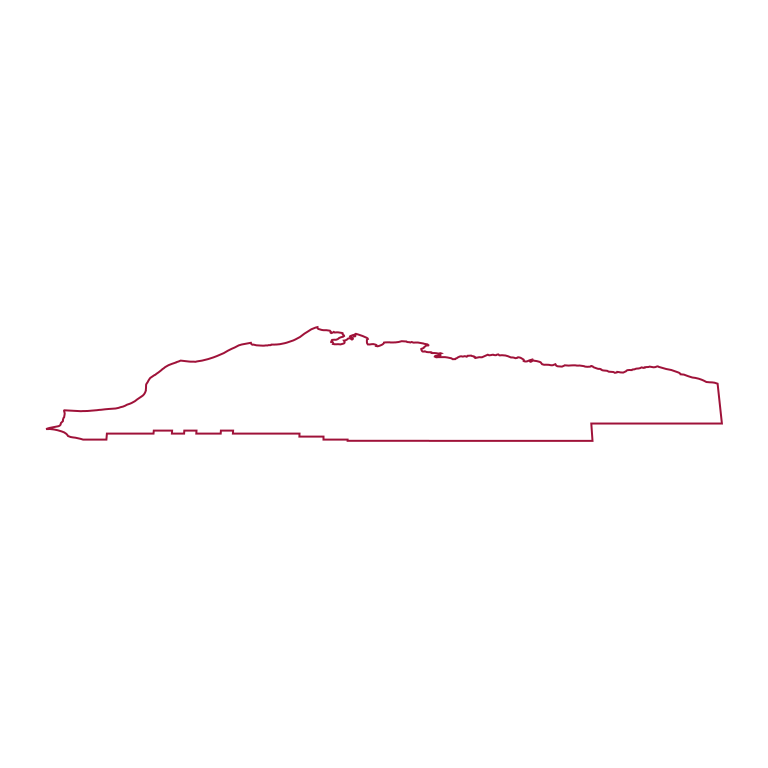 North Slope, Alaska, United States of America
{"feature_id": "52423323B80059195101619", "entity_name": "North Slope", "entity_type": "district", "adm_level": 2, "iso_a3": "USA", "parent_name": "United States of America", "parent_adm1": "Alaska", "projection": "robinson", "projection_center": [-153.874, 69.676], "detail": "fine", "context": "isolated", "style": "outline", "palette": "rose", "viewbox_px": 768, "rotation_deg": 0, "n_neighbors": 0, "source": "geoboundaries", "source_scale": "gbopen_adm2", "svg_char_len": 6039}
<svg xmlns="http://www.w3.org/2000/svg" viewBox="0 0 768 768"><path d="M721.9,423.5L717.6,383.7L714.5,382.7L712.1,382.4L709.7,382.3L706.4,382.0L703.7,380.6L701.6,379.7L698.7,378.7L695.3,377.9L692.3,377.5L688.2,376.2L683.9,374.6L680.5,374.3L680.3,373.7L679.1,372.8L677.9,372.3L671.3,370.0L666.2,369.0L660.6,367.4L658.8,366.9L657.9,366.4L657.2,366.4L655.3,367.1L653.6,367.3L649.6,366.6L648.5,367.0L646.2,367.1L644.7,367.3L644.7,367.7L643.3,367.9L641.7,367.4L641.1,367.6L640.2,368.1L638.4,368.5L636.6,368.6L635.7,368.8L634.6,369.3L632.6,369.5L632.0,369.8L631.8,370.1L629.2,370.0L627.4,370.2L626.6,370.6L626.1,371.2L623.4,372.5L622.0,372.5L620.3,372.4L618.9,372.1L617.3,371.9L617.2,371.9L617.1,372.3L616.1,372.6L614.8,372.8L613.8,372.2L613.3,372.0L609.1,371.7L608.5,371.6L607.9,371.2L607.1,370.8L605.0,370.6L603.0,370.4L602.3,370.2L601.4,369.8L601.3,369.5L600.3,369.0L599.9,368.9L598.4,368.9L597.3,368.6L593.7,367.3L593.0,366.8L592.8,366.5L591.5,366.0L591.1,366.0L590.7,366.5L589.6,366.7L587.3,366.8L585.0,366.6L584.5,366.3L583.0,366.0L579.4,365.5L578.8,365.6L576.8,365.6L575.9,365.4L574.3,365.3L571.4,365.4L568.6,365.6L564.7,365.3L564.1,365.7L562.0,366.6L557.7,366.3L557.1,366.1L556.1,365.5L555.8,365.0L555.7,364.6L555.4,364.2L552.8,365.2L551.9,365.3L550.7,365.2L548.8,364.8L545.1,364.7L544.2,364.8L542.1,364.2L540.6,362.3L539.4,361.8L536.8,361.1L533.9,360.7L533.5,360.6L533.5,360.4L533.1,360.2L532.3,360.3L532.3,360.9L531.6,361.4L530.7,361.8L530.0,361.5L529.9,360.8L530.6,360.0L529.2,360.4L528.9,360.6L526.9,361.4L525.4,361.5L524.3,361.3L523.9,361.1L523.6,360.9L523.9,360.3L523.6,359.6L520.8,357.9L520.0,357.6L518.6,357.3L517.8,357.4L517.8,357.5L517.1,357.9L515.5,358.2L513.7,357.6L511.9,357.4L511.1,357.5L507.9,356.2L505.4,355.5L501.9,355.2L499.8,355.4L499.3,355.3L498.9,354.9L498.2,354.4L496.9,354.7L496.3,355.1L495.5,355.2L495.1,355.2L493.4,354.9L493.1,354.7L491.7,354.9L491.1,355.1L489.3,355.3L489.1,355.3L487.8,354.7L482.6,357.0L481.9,357.3L479.1,357.2L475.3,358.0L474.6,357.4L474.9,357.0L473.9,356.4L471.8,356.0L471.2,355.6L467.6,355.8L467.5,356.2L466.7,356.7L465.5,356.3L464.4,356.2L463.4,356.5L462.7,356.6L461.4,356.3L460.2,356.4L459.3,356.7L458.4,357.2L457.8,357.4L456.8,358.2L455.6,358.6L455.3,359.1L452.7,359.2L451.4,358.3L447.6,357.5L444.8,357.1L438.9,357.1L437.4,357.2L436.6,357.3L436.0,357.2L434.8,356.6L435.0,356.2L435.5,355.9L437.9,355.6L439.1,355.5L440.3,355.2L440.2,354.9L439.5,354.5L440.4,353.7L441.1,353.4L440.5,353.2L439.8,353.3L439.1,353.5L438.0,353.5L436.4,353.2L434.0,353.0L432.7,353.1L431.7,353.0L431.8,352.6L431.3,352.3L430.8,352.2L428.2,352.2L426.6,352.0L424.8,351.3L424.6,351.4L424.2,351.6L422.6,351.5L422.2,351.2L421.6,350.3L421.2,349.0L421.3,348.9L423.6,348.0L423.8,347.5L426.0,345.7L426.5,345.5L428.3,345.4L428.4,345.2L427.5,344.4L424.2,343.8L423.4,343.5L417.8,342.5L413.3,342.6L411.7,342.0L410.2,342.5L409.5,342.2L407.8,342.1L406.9,341.9L406.5,341.5L401.7,341.2L398.6,342.0L395.4,342.4L390.8,342.5L389.6,342.3L385.1,342.4L384.0,342.6L384.0,342.9L383.6,343.5L382.9,344.1L382.4,344.5L380.5,345.4L379.1,345.9L378.0,346.2L377.7,346.3L376.2,346.0L376.6,345.4L376.5,345.1L375.7,344.7L373.4,344.1L371.4,344.2L369.6,344.5L367.8,344.4L367.0,343.0L366.9,341.7L366.9,339.9L367.3,339.4L367.9,339.0L367.6,338.4L366.7,337.8L362.6,336.0L358.5,334.6L356.2,333.9L355.5,333.9L354.8,334.5L355.4,335.1L355.4,335.7L355.4,335.9L355.1,336.3L354.2,336.4L353.9,336.3L353.4,335.5L353.3,335.3L353.3,335.1L353.2,335.0L350.5,336.0L350.0,336.4L350.1,336.6L352.5,337.8L352.8,338.2L352.9,338.6L352.9,338.8L352.7,339.1L352.1,339.5L351.8,339.5L351.6,339.4L350.5,338.5L350.4,338.2L348.2,338.5L347.7,338.9L347.2,339.4L346.7,339.7L345.4,340.4L343.9,340.6L344.4,341.4L344.5,341.9L344.6,342.4L344.5,342.8L344.1,343.3L343.1,343.7L340.5,344.4L338.3,344.2L334.8,344.3L333.1,344.0L333.4,343.5L332.7,342.2L331.2,342.1L331.2,341.8L332.1,341.3L331.7,340.4L332.1,339.9L334.6,339.7L335.9,339.8L337.6,339.2L338.9,338.3L339.1,338.0L340.8,337.3L343.1,336.7L344.1,336.0L344.0,335.5L342.8,334.5L342.6,334.1L342.7,333.3L342.2,333.0L337.8,332.3L336.7,332.3L336.1,332.4L334.7,332.5L333.8,331.9L332.8,332.6L331.2,333.1L330.6,332.6L330.8,332.3L331.0,332.0L329.9,330.7L326.4,330.2L323.7,330.2L322.8,330.1L321.6,329.9L318.5,329.0L318.4,329.0L317.6,328.3L317.5,327.1L315.5,327.6L311.3,329.3L307.4,331.8L304.5,333.6L300.0,337.0L295.5,339.4L293.4,340.4L288.1,342.2L286.6,342.7L284.7,343.2L279.8,344.2L276.6,344.5L274.3,344.6L271.3,344.6L271.0,345.0L270.2,345.2L268.8,345.1L267.3,345.5L266.0,345.4L263.8,345.7L261.2,345.6L256.4,345.3L253.5,344.6L252.3,344.7L251.4,344.1L250.9,342.8L241.7,344.5L238.7,345.4L234.7,347.5L231.7,348.8L227.9,350.7L223.8,353.1L216.8,356.1L213.4,357.4L208.1,359.1L202.1,360.6L197.1,361.4L195.4,361.8L194.1,361.7L191.7,361.7L189.5,361.6L180.7,360.6L179.4,361.1L179.1,361.3L176.3,362.2L176.2,362.4L171.8,363.9L168.5,365.2L165.7,366.8L164.9,367.3L163.5,368.5L162.6,369.0L161.3,370.2L158.5,372.4L156.3,373.9L155.3,374.8L154.6,375.0L150.3,377.9L149.4,379.1L148.5,380.5L147.4,382.6L147.1,382.9L146.4,384.0L146.1,384.8L146.0,388.0L145.8,390.2L145.9,390.4L145.4,391.8L145.0,392.7L144.1,394.2L142.9,395.5L142.2,396.0L137.2,399.4L134.9,401.2L131.6,403.0L129.7,403.8L127.0,404.7L125.2,405.7L123.0,406.6L120.5,407.2L118.8,407.8L118.0,408.0L115.6,408.5L108.4,409.0L105.1,409.3L100.9,409.8L99.1,409.9L96.9,410.2L87.4,411.0L82.3,411.1L81.0,411.2L64.4,410.3L64.1,410.5L64.1,411.0L64.6,412.9L64.7,413.8L64.1,417.3L63.6,417.8L63.0,419.5L62.9,420.5L63.0,420.7L63.0,420.8L62.8,421.3L62.4,421.6L60.9,423.1L60.6,424.5L60.5,424.8L59.8,425.5L59.4,425.8L58.5,426.2L49.7,427.9L47.3,428.6L46.1,429.1L50.0,429.0L54.2,429.5L57.5,430.2L61.6,431.4L64.2,432.4L66.4,433.9L67.6,435.3L68.0,436.0L70.6,437.0L72.9,437.4L75.4,437.7L80.4,438.8L83.1,439.6L106.4,439.6L106.9,433.6L153.5,433.6L153.8,430.6L172.1,430.6L171.9,433.6L184.1,433.6L184.3,430.6L196.5,430.6L196.3,433.6L220.7,433.6L220.9,430.6L233.1,430.6L232.9,433.6L299.5,433.6L299.4,436.6L323.5,436.6L323.5,439.6L347.6,439.6L347.6,440.8L592.5,440.9L591.3,423.5L721.9,423.5Z" fill="none" stroke="#9f1239" stroke-width="2"/></svg>